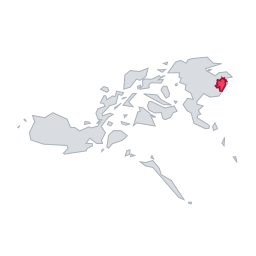 South Cotabato, South Cotabato, Philippines shown in context, rotated 272°
{"feature_id": "2640588B59746130391756", "entity_name": "South Cotabato", "entity_type": "district", "adm_level": 2, "iso_a3": "PHL", "parent_name": "Philippines", "parent_adm1": "South Cotabato", "projection": "orthographic", "projection_center": [125.136, 6.312], "detail": "fine", "context": "in_parent", "style": "filled", "palette": "rose", "viewbox_px": 256, "rotation_deg": 272, "n_neighbors": 0, "source": "geoboundaries", "source_scale": "gbopen_adm2", "svg_char_len": 5694}
<svg xmlns="http://www.w3.org/2000/svg" viewBox="0 0 256 256"><g transform="rotate(272 128 128)"><path d="M120.1,29.7L131.0,34.6L137.2,32.2L135.3,44.2L140.6,52.5L134.7,66.8L126.6,70.6L126.7,74.6L123.4,79.9L127.8,88.9L126.8,91.3L128.8,97.7L135.4,101.4L135.3,98.0L141.7,95.4L146.3,97.4L148.8,104.2L151.7,102.9L152.1,99.4L159.5,102.9L159.4,104.7L155.5,105.8L159.5,111.6L159.0,114.1L164.4,115.2L163.1,122.4L160.4,120.5L161.4,117.1L151.8,115.1L149.6,108.9L141.2,101.7L139.2,102.0L142.2,109.6L141.1,112.7L137.8,107.7L128.9,101.2L122.3,105.6L114.8,101.9L111.7,103.1L111.5,97.2L116.5,90.2L111.2,86.6L111.2,92.7L108.9,93.1L106.2,87.9L103.7,87.0L99.7,65.4L100.5,64.3L105.3,68.7L108.4,67.7L108.9,44.4L112.7,31.3L120.1,29.7ZM184.5,165.9L195.6,173.3L197.3,178.3L194.8,183.9L198.3,185.6L199.7,189.9L201.6,204.7L195.7,210.9L195.6,219.3L190.0,203.4L187.9,204.5L183.2,213.4L186.4,216.9L187.6,224.5L182.6,230.3L180.9,223.0L176.2,226.1L163.1,217.8L161.7,208.7L165.1,202.5L156.8,195.9L154.2,196.0L152.6,202.3L148.1,197.7L144.2,200.3L143.4,197.3L140.7,196.7L133.3,209.3L130.6,209.0L130.0,205.4L135.0,193.8L145.2,190.6L147.4,186.3L153.3,182.2L159.7,186.4L158.9,192.3L165.0,189.5L168.2,183.8L173.2,184.4L175.3,178.0L179.5,179.6L180.5,177.2L185.0,177.4L184.5,165.9ZM151.6,173.3L146.6,176.6L144.7,172.6L140.0,170.0L137.6,164.8L138.7,162.6L144.6,160.7L144.0,154.2L146.6,148.3L150.8,146.7L154.7,147.8L155.5,150.0L149.2,164.2L151.6,173.3ZM181.0,123.1L185.5,128.3L184.8,137.5L188.5,145.9L180.9,144.4L177.9,141.4L176.1,138.0L177.3,134.8L168.9,128.8L166.7,122.4L181.0,123.1ZM130.5,133.3L144.5,137.4L145.3,139.8L149.4,138.3L148.7,142.2L143.4,149.3L130.9,155.1L133.4,136.6L130.5,133.3ZM77.1,173.0L58.3,186.5L60.4,181.2L89.4,154.2L90.8,146.6L94.6,141.4L94.1,146.9L96.4,153.9L88.8,160.7L82.5,162.8L77.1,173.0ZM108.1,107.5L120.1,108.9L124.9,113.6L125.0,121.2L120.3,127.6L115.7,123.1L111.7,112.9L107.1,109.1L108.1,107.5ZM170.9,141.3L176.3,140.9L177.7,143.4L177.5,150.0L181.4,157.4L179.5,159.2L177.1,156.4L177.7,161.6L174.0,159.5L174.1,150.0L172.2,147.2L168.9,147.8L167.2,138.4L170.9,141.3ZM152.4,170.6L152.7,162.6L162.7,142.4L162.1,155.9L157.5,160.1L152.4,170.6ZM171.1,165.4L163.9,168.3L161.0,167.9L159.2,164.9L167.2,159.6L170.9,161.7L171.1,165.4ZM150.6,122.2L162.8,131.7L162.8,135.0L154.2,127.8L149.4,132.3L150.6,122.2ZM167.6,106.0L164.9,107.6L162.9,105.6L165.7,99.2L168.6,102.4L167.6,106.0ZM136.1,214.7L130.5,217.5L128.5,213.7L132.0,212.5L136.1,214.7ZM99.9,126.2L105.1,127.5L106.3,130.7L101.7,130.7L99.9,126.2ZM130.9,107.3L133.8,108.5L132.1,112.5L129.5,110.6L130.9,107.3ZM116.2,222.4L122.0,224.9L113.7,224.6L116.2,222.4ZM187.9,163.4L184.9,160.3L187.5,155.3L187.2,158.3L187.9,163.4ZM134.2,121.0L132.1,129.4L130.7,125.9L132.0,121.8L134.2,121.0ZM102.7,234.1L103.1,236.7L97.4,238.1L102.7,234.1ZM132.9,84.8L132.7,88.6L131.4,90.2L130.1,84.3L132.9,84.8ZM142.3,150.6L139.8,155.4L139.8,152.6L142.3,150.6ZM102.1,132.1L100.7,135.6L99.5,131.5L102.1,132.1ZM171.4,139.0L169.5,139.1L167.6,136.4L169.9,136.0L171.4,139.0ZM141.1,123.5L141.0,126.7L138.3,124.1L141.1,123.5ZM195.2,165.2L192.5,164.6L193.7,161.2L195.2,165.2ZM147.8,114.0L152.6,120.4L146.5,114.1L147.8,114.0ZM101.3,152.9L98.0,154.7L99.0,151.8L101.3,152.9ZM156.7,173.3L156.1,176.0L154.3,174.6L156.7,173.3ZM157.8,121.8L158.8,125.5L156.5,120.8L157.8,121.8ZM56.0,194.0L54.4,193.8L54.8,191.4L56.0,191.1L56.0,194.0ZM174.4,175.4L172.2,175.6L172.0,174.1L173.3,173.8L174.4,175.4ZM189.4,209.2L187.8,207.5L188.3,205.7L189.4,206.6L189.4,209.2ZM105.3,102.8L106.2,104.9L103.7,102.5L105.3,102.8ZM180.8,160.3L181.7,163.2L179.4,159.7L180.8,160.3ZM133.2,24.6L130.8,26.3L132.6,23.8L133.2,24.6ZM134.9,99.5L131.6,97.9L131.7,96.7L134.9,99.5ZM124.7,17.9L126.7,19.8L124.4,18.5L124.7,17.9Z" fill="#d9dde1" stroke="#a8b0b8" stroke-width="1"/><path d="M178.9,215.5L178.8,215.9L177.3,215.8L177.1,215.8L176.8,215.5L176.5,215.5L176.3,215.4L176.0,215.2L175.9,215.2L175.7,215.3L175.5,215.5L175.3,215.7L175.1,215.8L175.0,215.7L174.9,215.7L174.9,215.8L174.4,215.4L174.5,215.4L174.2,215.2L174.2,215.3L173.8,214.9L173.7,214.8L173.6,214.4L173.6,214.1L173.3,213.9L173.1,213.8L172.8,214.4L172.7,214.6L172.8,214.7L172.9,214.9L172.9,215.0L173.0,215.1L172.7,215.1L172.4,215.2L172.3,215.3L172.2,215.2L172.1,215.3L172.0,215.2L171.9,215.2L171.7,215.0L171.4,215.2L171.4,215.3L171.4,216.3L171.4,216.6L171.4,216.8L171.5,217.0L171.7,217.3L171.8,217.4L172.0,217.3L172.2,217.5L172.3,217.7L172.4,217.8L172.5,217.8L172.4,217.9L172.4,218.1L172.1,218.1L171.6,217.9L171.6,218.0L171.4,218.2L171.4,218.3L171.4,218.2L171.3,218.3L171.2,218.3L170.9,218.4L170.8,218.5L170.1,218.1L169.3,218.4L169.0,218.5L168.2,218.7L168.1,218.8L167.9,218.8L167.8,219.0L167.7,219.0L168.1,219.1L168.2,220.7L168.2,220.9L168.5,221.0L169.2,221.2L171.1,222.2L171.2,222.3L171.6,222.4L172.5,222.9L174.4,223.7L174.9,223.9L175.8,223.9L177.4,224.0L177.4,223.5L178.2,223.5L178.2,224.7L178.3,224.6L178.5,224.7L178.7,224.8L178.8,224.8L179.0,224.7L179.1,224.4L179.2,224.2L179.2,224.3L179.2,224.2L179.3,224.2L179.3,223.9L179.5,223.8L179.5,223.7L179.5,223.4L179.5,223.5L179.5,223.4L179.6,223.2L179.7,222.9L179.7,223.0L179.7,222.9L179.7,222.7L179.8,222.6L179.7,222.6L179.8,222.6L180.0,222.5L180.3,222.6L180.5,222.6L180.8,222.6L181.0,222.6L181.0,222.3L181.0,222.2L180.9,222.1L181.0,222.1L180.9,222.0L181.0,222.0L181.0,221.9L180.9,221.9L180.9,221.7L181.0,221.7L181.0,221.4L181.0,221.2L181.1,220.9L181.3,220.8L181.3,220.7L181.2,220.7L181.3,220.6L181.4,220.4L181.5,220.3L181.4,220.3L181.2,220.2L180.7,219.9L180.5,219.7L180.4,219.7L180.2,219.6L180.2,219.4L180.1,219.2L179.8,219.0L179.8,218.9L179.2,218.5L178.5,218.6L178.6,218.2L179.0,217.4L179.0,217.1L178.9,216.7L178.8,216.4L179.1,216.4L179.5,216.1L179.2,215.6L178.9,215.5Z" fill="#f43f5e" stroke="#9f1239" stroke-width="1.5"/></g></svg>